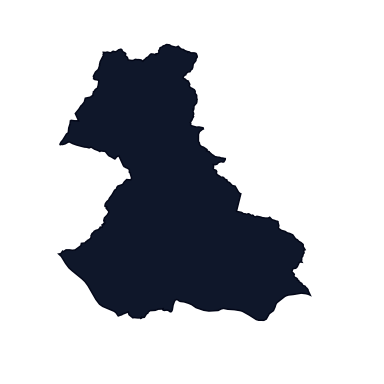 Envigado, Antioquia, Colombia, rotated 284°
{"feature_id": "7082276B11340902680280", "entity_name": "Envigado", "entity_type": "district", "adm_level": 2, "iso_a3": "COL", "parent_name": "Colombia", "parent_adm1": "Antioquia", "projection": "equal_earth", "projection_center": [-75.537, 6.148], "detail": "fine", "context": "isolated", "style": "filled", "palette": "ink", "viewbox_px": 384, "rotation_deg": 284, "n_neighbors": 0, "source": "geoboundaries", "source_scale": "gbopen_adm2", "svg_char_len": 5967}
<svg xmlns="http://www.w3.org/2000/svg" viewBox="0 0 384 384"><g transform="rotate(284 192 192)"><path d="M325.0,164.2L327.1,162.8L327.5,162.1L327.5,160.3L326.7,157.1L327.3,155.5L327.2,153.9L326.9,153.8L327.2,153.6L327.5,150.7L328.2,149.3L328.0,147.3L328.8,145.5L330.1,143.4L328.6,141.5L328.6,136.6L329.3,134.6L329.0,131.8L328.6,131.1L327.8,130.5L326.7,128.6L325.6,128.0L324.2,126.1L322.6,126.1L320.9,125.5L320.0,126.1L318.4,126.0L317.3,123.5L316.4,123.7L316.4,121.1L316.1,118.9L315.1,118.1L312.5,116.8L311.2,115.3L309.7,114.5L308.1,113.2L306.9,112.7L307.8,110.7L307.6,108.3L307.2,106.9L307.0,104.9L305.7,103.5L305.1,102.1L304.7,98.3L305.1,97.7L306.2,97.3L307.2,96.4L308.1,94.2L310.1,94.3L310.7,93.5L311.3,91.2L312.0,90.2L313.0,89.6L313.4,88.5L312.2,86.4L310.6,85.2L309.4,83.7L309.5,81.4L308.0,80.0L307.5,79.8L307.3,78.5L307.3,76.0L306.4,74.1L306.1,72.1L305.4,72.4L304.8,72.9L304.0,72.5L302.5,73.2L301.9,72.7L296.3,71.4L292.8,71.5L292.6,71.8L288.2,71.4L285.0,69.3L280.5,68.3L279.9,68.5L279.3,69.3L278.1,69.1L277.6,70.5L277.9,73.3L277.4,74.7L272.9,75.2L269.7,75.1L269.1,74.2L267.5,73.1L266.6,73.1L265.4,72.1L264.5,72.3L263.1,72.2L261.7,72.5L260.4,71.0L259.7,70.9L257.2,65.8L253.1,65.7L249.6,64.1L248.7,63.4L245.0,62.2L239.9,59.8L233.6,64.8L232.7,60.9L232.3,57.4L231.7,57.1L231.6,56.8L228.7,57.2L224.3,56.9L219.6,57.6L217.9,56.2L211.0,54.0L208.9,52.9L206.4,52.3L206.0,52.7L206.7,54.1L206.7,54.8L208.0,57.2L210.2,59.5L211.0,60.7L210.1,64.5L209.7,68.6L209.6,73.9L209.6,76.7L210.0,79.1L209.9,81.0L210.0,81.7L211.0,82.9L211.1,83.6L210.0,87.0L209.5,91.1L209.0,92.8L209.8,93.4L210.4,98.1L207.8,101.4L207.0,102.7L206.6,104.9L205.4,108.8L205.4,109.2L206.2,109.7L207.7,110.2L209.5,112.2L200.9,119.1L200.1,120.2L200.1,120.9L199.7,121.9L199.5,123.6L198.9,125.3L198.3,125.9L196.0,126.4L195.6,127.3L190.8,130.1L188.9,129.6L188.3,125.6L185.5,123.9L183.1,123.1L182.4,122.7L179.8,118.6L178.4,118.0L177.2,118.0L176.1,117.6L175.1,116.5L170.0,115.1L166.0,113.4L164.0,113.1L162.3,111.8L159.9,110.8L157.9,110.8L157.0,111.1L157.1,112.8L156.1,113.1L155.6,112.6L153.6,115.2L153.6,115.6L152.1,116.2L149.1,115.3L145.7,113.3L144.0,113.3L143.5,114.0L143.1,113.3L142.6,113.4L141.8,114.6L140.8,115.0L140.3,113.9L140.0,113.7L139.5,113.7L139.3,114.4L139.0,114.2L138.4,112.7L136.4,113.5L135.9,113.4L135.9,112.1L135.7,112.1L135.6,111.6L135.2,111.7L135.2,111.3L134.3,111.2L132.6,110.0L131.7,108.2L130.1,106.5L129.1,106.3L127.6,105.1L127.1,105.4L126.9,105.0L125.1,104.6L124.2,105.0L122.5,104.9L120.2,103.0L119.7,102.2L118.8,102.0L118.2,101.2L116.6,100.4L115.4,97.1L113.0,97.2L107.5,92.6L106.5,90.1L106.2,87.1L105.4,83.8L103.1,81.8L103.4,80.8L100.4,79.6L99.6,77.7L97.9,80.8L92.1,86.7L88.6,91.0L86.4,95.2L81.2,106.3L79.2,109.8L76.0,113.7L64.5,124.8L60.8,129.4L59.4,133.0L57.4,145.5L56.4,147.6L53.9,150.4L55.4,152.6L55.8,153.5L56.5,154.0L60.2,159.1L57.7,160.6L55.6,165.1L56.1,165.9L56.7,169.8L57.3,172.3L56.9,172.8L57.3,173.3L57.5,173.1L57.8,173.5L58.3,173.4L58.1,173.9L58.4,174.1L58.4,174.9L58.8,175.5L58.9,176.1L62.7,177.3L63.7,178.4L64.9,178.6L66.7,179.9L68.3,185.0L70.2,187.7L71.0,190.5L71.9,192.2L70.7,192.1L70.4,192.7L70.4,193.9L71.1,195.4L71.4,197.2L71.1,198.4L70.6,199.4L70.6,200.5L71.4,201.1L72.9,201.4L77.7,201.0L81.6,201.4L83.1,201.9L83.9,202.9L84.0,204.2L83.4,205.4L83.0,207.0L83.5,210.9L83.2,215.6L82.7,218.9L80.8,223.9L80.1,232.0L80.6,237.2L83.4,246.1L85.4,248.3L86.7,250.6L86.9,255.0L88.1,261.6L88.6,267.6L88.5,269.7L88.1,271.3L86.4,277.5L83.8,285.2L83.7,287.7L84.9,292.8L86.7,294.8L92.6,296.4L96.6,299.7L100.6,300.4L103.1,300.5L105.1,301.1L113.1,307.3L114.0,308.3L115.4,310.5L117.1,315.1L120.3,322.5L120.9,327.1L120.9,329.6L120.5,331.7L124.3,328.6L125.4,328.1L126.6,326.5L126.6,326.0L127.9,324.6L128.2,322.2L128.6,321.6L129.8,320.7L130.8,317.7L131.9,316.9L132.0,315.6L133.0,315.4L133.7,314.3L134.1,312.4L134.7,311.4L135.3,311.1L136.9,311.2L138.9,308.1L142.1,308.5L143.1,311.1L144.9,312.2L149.6,313.1L150.4,314.3L150.5,315.7L151.4,314.8L152.5,314.9L154.9,314.3L156.5,315.0L158.9,314.9L160.0,315.5L162.4,314.4L163.3,315.7L165.8,313.2L168.0,312.5L169.3,310.0L170.0,307.4L171.1,305.9L171.6,303.8L174.8,300.1L175.4,296.9L175.4,294.3L176.3,291.8L176.4,288.0L177.5,285.1L178.1,284.5L180.4,284.4L183.1,282.9L184.1,282.6L184.3,281.5L184.1,280.3L184.4,279.3L184.5,276.3L186.3,273.5L185.6,272.9L185.1,272.0L184.5,269.9L184.1,266.1L184.3,265.0L184.2,261.5L184.0,260.5L183.1,259.6L183.2,257.9L184.0,257.3L184.2,256.5L184.1,256.0L183.6,255.6L183.6,255.2L184.5,252.8L184.5,251.8L183.5,250.5L183.7,249.1L183.3,246.7L183.8,246.3L184.2,244.8L184.0,240.7L184.1,239.8L202.1,239.8L202.2,238.8L203.1,237.2L208.1,232.4L208.0,229.5L210.2,226.2L210.6,223.7L212.1,223.0L212.5,220.5L213.7,219.2L213.8,218.1L213.3,216.4L214.0,215.2L215.0,212.0L216.4,211.0L217.7,211.1L218.6,210.4L218.9,209.9L219.1,207.9L219.8,206.8L221.3,206.9L223.2,206.4L223.8,206.0L224.1,207.9L224.9,209.3L225.4,209.8L227.1,210.6L228.5,213.0L228.5,214.7L228.9,215.6L231.4,216.4L232.5,216.2L232.3,214.6L231.9,213.6L231.9,213.2L232.3,213.3L232.1,212.2L232.3,210.2L232.0,208.6L231.9,205.2L232.6,204.4L233.1,202.5L234.5,199.9L234.8,199.2L235.3,198.9L235.3,197.4L235.6,197.1L235.5,196.2L236.8,196.3L238.3,192.3L238.4,190.1L239.9,187.8L241.4,187.3L242.5,186.1L243.0,185.9L249.6,184.3L252.4,184.7L255.4,187.0L255.9,187.8L257.0,187.2L256.8,183.1L256.0,180.6L256.2,175.4L256.7,174.4L258.3,174.2L259.0,173.4L260.2,174.0L261.2,174.0L261.7,174.5L263.7,174.7L265.5,175.3L266.1,174.6L268.1,174.8L269.3,174.2L269.9,173.6L271.1,173.4L271.9,173.6L272.7,172.9L273.0,173.7L275.9,173.1L279.5,174.9L281.3,174.8L282.0,174.4L282.7,174.7L284.4,173.8L287.0,173.1L288.6,171.1L290.6,170.7L291.8,169.5L292.6,166.9L292.9,165.2L293.6,164.3L294.5,163.6L295.9,163.8L297.2,162.8L298.2,161.8L298.7,161.7L298.9,159.6L299.8,158.3L300.3,156.1L300.7,155.5L303.3,156.3L304.2,157.6L305.7,157.7L307.5,159.1L308.2,160.9L310.5,161.6L311.3,162.4L313.1,162.6L316.5,162.2L319.9,163.8L320.8,164.0L322.3,163.7L324.0,164.4L325.0,164.2Z" fill="#0f172a" stroke="#020617" stroke-width="1.5"/></g></svg>